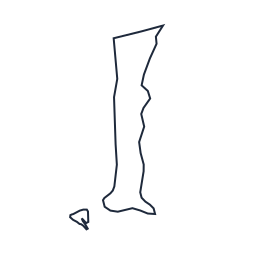 map outline of East Grand Bahama (Robinson projection), rotated 100°
{"feature_id": "BHS-5012", "entity_name": "East Grand Bahama", "entity_type": "District", "adm_level": 1, "iso_a3": "BHS", "parent_name": "The Bahamas", "parent_adm1": "", "projection": "robinson", "projection_center": [-78.023, 26.67], "detail": "fine", "context": "isolated", "style": "outline", "palette": "slate", "viewbox_px": 256, "rotation_deg": 100, "n_neighbors": 0, "source": "natural_earth", "source_scale": "10m", "svg_char_len": 894}
<svg xmlns="http://www.w3.org/2000/svg" viewBox="0 0 256 256"><g transform="rotate(100 128 128)"><path d="M21.0,111.3L33.2,116.4L40.1,114.5L55.6,118.5L72.6,121.6L83.6,122.0L88.1,114.9L95.1,111.3L105.5,116.2L111.9,117.4L123.8,112.3L139.9,114.6L150.5,111.2L161.2,106.2L167.9,105.1L189.2,104.8L194.3,102.5L197.5,98.1L199.7,93.1L202.7,88.8L208.0,86.4L208.8,93.7L207.1,101.7L206.2,109.7L212.2,123.5L212.4,131.0L209.6,137.3L203.4,140.1L201.0,139.1L195.4,134.0L192.2,132.1L187.9,131.3L166.1,132.6L146.1,137.4L100.1,147.1L81.5,147.1L42.1,157.7L30.5,131.5L21.0,111.3ZM228.6,155.1L230.4,153.3L234.1,150.2L235.0,151.3L232.0,155.1L230.9,157.4L230.9,159.1L229.3,162.0L228.0,166.1L225.9,169.5L223.8,169.6L223.0,168.5L222.3,167.0L217.7,161.1L216.1,157.8L215.5,154.4L217.2,152.9L227.4,150.8L228.9,152.7L225.7,156.8L225.1,157.9L227.5,156.3L228.6,155.1Z" fill="none" stroke="#1e293b" stroke-width="2"/></g></svg>